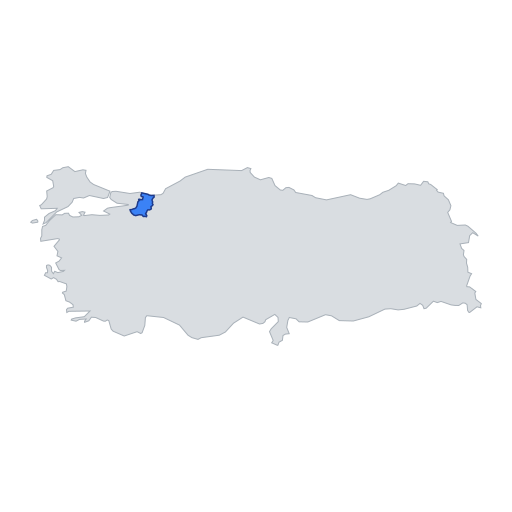 location of Sakarya within Turkey
{"feature_id": "TUR-2267", "entity_name": "Sakarya", "entity_type": "Province", "adm_level": 1, "iso_a3": "TUR", "parent_name": "Turkey", "parent_adm1": "", "projection": "robinson", "projection_center": [30.503, 40.751], "detail": "fine", "context": "in_parent", "style": "filled", "palette": "blue", "viewbox_px": 512, "rotation_deg": 0, "n_neighbors": 0, "source": "natural_earth", "source_scale": "10m", "svg_char_len": 4523}
<svg xmlns="http://www.w3.org/2000/svg" viewBox="0 0 512 512"><path d="M398.3,183.1L405.7,185.5L408.0,183.7L414.6,183.9L420.6,185.3L423.6,181.3L427.8,181.8L428.7,183.8L430.7,184.5L437.2,189.6L436.5,190.2L438.1,192.1L443.4,193.3L444.1,195.9L448.4,199.8L450.9,205.7L449.9,209.8L447.7,212.4L451.5,221.4L450.6,222.5L457.2,225.4L465.3,225.0L467.9,226.2L476.1,233.3L478.2,236.1L472.7,232.7L469.7,235.6L468.5,242.6L460.0,243.9L461.6,248.4L464.0,250.5L463.4,254.8L464.1,256.6L466.7,259.4L466.5,263.2L467.7,267.3L467.9,272.2L471.6,273.7L470.1,276.0L466.6,285.9L466.9,286.7L469.6,286.9L475.8,291.5L474.8,293.0L475.9,299.4L481.3,303.6L480.5,305.6L480.8,307.8L477.0,306.8L469.6,312.5L468.8,312.3L467.6,310.4L467.1,304.7L465.2,303.2L462.8,302.9L458.7,305.5L454.9,305.4L451.1,304.9L441.0,301.4L437.3,302.6L433.4,301.2L426.2,308.2L424.0,308.7L422.7,305.3L420.0,303.4L416.8,306.0L404.0,309.3L398.1,309.9L390.8,308.7L384.9,309.1L368.8,316.8L353.3,321.0L339.3,320.6L331.5,315.8L325.5,314.7L307.8,322.0L299.1,321.8L296.0,318.8L289.3,317.5L287.9,320.4L286.7,327.4L289.2,333.7L285.4,334.1L283.0,335.5L282.4,340.3L279.0,342.2L277.9,345.2L277.3,345.3L271.7,342.8L273.2,340.5L269.5,331.6L271.2,328.8L278.3,321.6L278.0,317.4L274.8,314.4L265.7,319.7L264.9,321.8L262.9,323.4L259.5,324.0L243.0,317.1L233.5,323.2L225.4,332.0L219.3,335.2L201.2,337.7L198.0,339.4L191.8,337.6L188.0,335.2L179.5,325.1L163.6,317.5L146.8,315.7L145.4,317.6L144.8,325.4L142.1,332.7L140.7,333.5L137.1,331.7L124.2,336.0L113.1,331.2L111.2,329.1L108.8,320.6L107.2,320.0L105.4,321.2L103.5,321.1L95.7,317.5L91.4,317.2L88.8,320.8L84.6,322.3L84.5,321.3L86.2,319.0L79.5,319.4L76.0,321.2L71.2,320.1L71.6,319.1L75.5,317.9L84.3,316.7L90.0,311.0L68.9,311.3L66.8,312.5L66.5,309.6L67.7,308.2L73.3,307.2L73.0,304.7L69.6,302.1L65.9,300.7L64.3,294.6L62.4,293.0L62.7,292.2L66.2,291.1L66.9,286.6L66.4,283.9L59.7,281.5L58.1,281.7L56.5,279.3L53.6,277.6L51.2,279.0L44.4,275.3L45.7,272.7L47.4,272.8L47.7,270.7L46.4,267.2L46.6,265.4L48.1,264.9L49.8,265.3L51.5,267.3L51.6,271.3L53.4,273.7L54.7,271.3L57.8,272.6L63.4,271.4L64.5,270.3L60.4,270.5L59.0,269.5L55.7,263.0L59.1,261.1L61.6,257.9L57.0,255.8L57.9,251.4L54.0,246.3L59.4,239.9L59.2,239.0L57.5,238.6L40.8,241.3L40.5,238.4L41.8,235.9L41.8,229.7L42.6,226.4L45.7,225.4L49.6,220.5L55.8,214.7L62.2,214.9L64.7,213.3L68.5,213.2L69.6,215.4L72.9,217.0L78.8,216.8L81.7,215.3L79.0,212.4L82.3,211.6L85.0,212.2L83.5,215.3L84.3,215.6L91.9,214.7L99.9,215.4L108.6,215.0L109.8,214.1L103.6,211.0L107.5,208.2L109.8,207.7L128.2,205.2L128.3,204.5L117.0,203.2L111.2,199.5L109.7,197.5L110.8,192.7L112.1,191.5L116.1,191.3L130.0,193.5L139.8,192.2L150.6,195.3L160.9,194.7L163.1,193.3L165.6,188.7L180.1,181.0L185.2,177.1L207.7,169.3L241.6,170.6L247.4,167.6L250.9,168.6L250.0,170.6L250.2,172.5L254.4,177.1L260.4,179.8L268.8,177.5L271.8,178.4L275.0,185.6L280.3,190.0L282.8,190.3L285.9,187.7L288.9,187.4L293.9,189.9L295.7,192.5L312.0,195.5L315.5,197.7L326.5,199.9L350.6,194.7L359.6,198.2L367.0,199.4L370.2,198.8L379.8,194.7L382.8,192.3L388.8,190.3L396.2,185.7L398.3,183.1ZM86.0,170.3L85.4,173.5L86.8,177.1L90.1,182.0L93.6,184.5L110.0,191.2L107.6,197.5L103.5,198.5L89.4,195.5L83.6,198.0L79.5,197.4L73.7,198.5L72.1,202.3L68.0,206.6L56.6,212.0L46.1,222.6L43.1,224.0L44.5,220.4L44.5,217.2L49.0,213.5L55.4,210.7L57.2,208.3L41.2,208.8L39.7,205.5L41.3,204.8L46.6,199.0L47.2,196.7L46.7,191.0L53.1,187.7L53.7,186.4L52.7,180.7L46.8,177.4L47.0,175.8L51.2,174.3L53.7,170.4L60.0,169.6L62.9,167.7L68.3,166.7L74.9,171.6L82.9,169.8L86.0,170.3ZM37.7,222.2L32.4,223.1L30.7,222.2L32.4,220.5L36.6,219.3L37.9,221.1L37.7,222.2Z" fill="#d9dde1" stroke="#a8b0b8" stroke-width="1"/><path d="M141.8,192.9L148.0,194.3L148.8,194.9L149.2,195.1L151.2,195.5L154.0,195.4L154.0,195.7L154.1,196.5L154.1,197.1L152.8,198.3L152.0,199.9L152.2,200.8L152.6,201.6L152.6,202.4L152.3,203.2L152.6,204.0L153.0,204.6L152.5,205.5L151.0,206.6L151.1,207.5L151.3,208.4L151.0,209.2L149.5,209.9L147.9,209.8L146.9,211.1L146.3,212.9L145.9,213.1L145.6,213.4L145.8,214.1L146.3,214.7L146.8,215.7L146.4,216.7L145.1,216.4L143.4,216.5L143.0,216.2L142.4,215.3L141.7,214.9L140.8,214.9L139.9,214.7L138.9,214.8L135.7,215.6L133.7,215.0L132.8,214.1L131.9,213.4L131.1,212.2L130.4,211.0L130.2,210.4L130.1,209.7L131.7,209.6L132.4,209.3L133.2,208.9L134.7,208.6L136.0,207.8L137.0,206.0L137.9,201.8L139.4,200.3L139.2,200.1L138.8,200.0L138.7,199.4L139.1,199.2L140.0,199.3L140.8,199.7L142.1,199.6L142.5,199.6L142.6,198.6L143.1,197.7L143.0,196.8L141.3,196.5L140.9,195.1L141.7,193.3L141.8,192.9Z" fill="#3b82f6" stroke="#1e3a8a" stroke-width="1.5"/></svg>